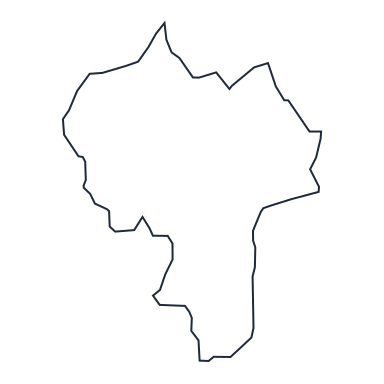 outline of Damagaram Takaya, Zinder, Niger
{"feature_id": "23599985B91194911882215", "entity_name": "Damagaram Takaya", "entity_type": "district", "adm_level": 2, "iso_a3": "NER", "parent_name": "Niger", "parent_adm1": "Zinder", "projection": "equal_earth", "projection_center": [9.461, 14.063], "detail": "fine", "context": "isolated", "style": "outline", "palette": "slate", "viewbox_px": 384, "rotation_deg": 0, "n_neighbors": 0, "source": "geoboundaries", "source_scale": "gbopen_adm2", "svg_char_len": 995}
<svg xmlns="http://www.w3.org/2000/svg" viewBox="0 0 384 384"><path d="M115.2,231.6L134.2,230.1L142.5,216.9L149.6,228.4L152.9,235.7L167.7,235.9L172.5,243.5L172.6,259.4L165.3,274.3L160.0,289.9L153.0,295.6L159.7,304.9L185.0,305.9L189.3,311.9L191.8,317.9L191.3,330.9L198.5,340.3L199.6,360.6L208.6,361.0L213.7,356.8L230.5,357.0L251.4,337.6L253.5,328.0L252.6,276.5L254.9,267.2L255.3,247.4L253.1,240.6L253.0,230.8L260.7,212.1L263.3,208.2L272.3,205.1L291.9,199.0L318.6,191.9L319.0,186.8L310.1,169.3L316.1,157.5L320.6,138.7L321.1,131.5L309.5,131.5L288.3,100.4L284.2,100.2L275.8,86.4L268.0,63.1L254.1,67.4L232.0,85.7L229.4,89.0L216.2,72.4L199.0,77.6L193.0,77.5L179.4,58.0L171.6,52.4L166.4,39.7L164.5,23.0L156.1,33.5L148.3,47.3L138.1,61.7L126.3,65.8L102.4,72.9L89.7,73.8L77.2,90.8L69.0,110.3L62.9,119.2L64.1,134.8L78.5,156.3L82.7,157.0L85.2,161.7L85.8,180.0L83.6,185.6L83.8,187.8L90.2,193.9L94.9,203.6L107.0,209.2L109.1,211.1L109.7,226.6L115.2,231.6Z" fill="none" stroke="#1e293b" stroke-width="2"/></svg>